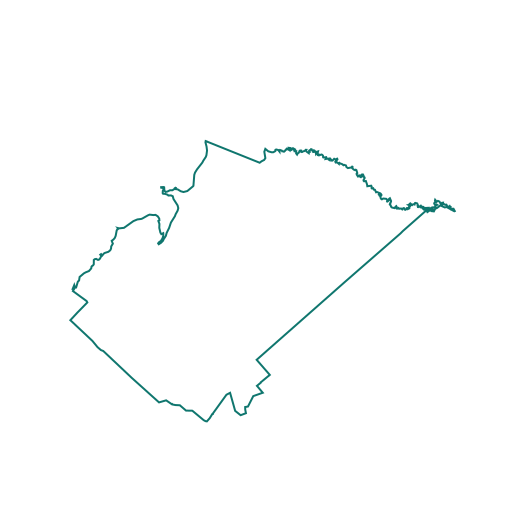 Ķūļciema pag., Talsi, Latvia (Mercator projection), rotated 235°
{"feature_id": "27541924B13857395207606", "entity_name": "Ķūļciema pag.", "entity_type": "district", "adm_level": 2, "iso_a3": "LVA", "parent_name": "Latvia", "parent_adm1": "Talsi", "projection": "mercator", "projection_center": [23.02, 57.24], "detail": "fine", "context": "isolated", "style": "outline", "palette": "teal", "viewbox_px": 512, "rotation_deg": 235, "n_neighbors": 0, "source": "geoboundaries", "source_scale": "gbopen_adm2", "svg_char_len": 6146}
<svg xmlns="http://www.w3.org/2000/svg" viewBox="0 0 512 512"><g transform="rotate(235 256 256)"><path d="M186.8,440.2L178.9,444.1L178.8,444.6L181.4,444.9L182.1,443.9L182.4,443.2L182.3,442.5L183.2,442.5L184.6,443.6L185.1,443.2L185.8,443.3L185.7,442.7L186.2,441.9L186.4,441.1L188.6,441.4L188.6,441.0L189.2,440.9L189.6,440.2L190.7,439.8L191.4,438.9L191.0,438.0L191.1,437.7L191.5,437.7L192.2,438.5L191.8,439.3L192.4,439.8L192.9,438.8L192.2,437.5L192.6,437.2L195.3,437.5L196.8,436.6L196.8,435.2L199.3,435.0L198.9,434.5L197.1,433.8L197.3,433.1L197.2,432.6L196.7,432.0L195.4,432.0L194.9,432.4L194.8,433.4L194.0,433.7L194.2,432.1L194.0,431.4L192.9,431.1L194.3,428.9L193.9,428.1L192.6,427.6L192.3,427.1L193.3,426.6L194.9,427.5L195.0,427.0L194.0,425.2L194.4,424.8L195.6,425.0L195.3,424.2L196.1,424.3L196.5,425.0L196.8,424.6L196.6,423.8L195.4,423.4L195.1,422.7L195.8,422.6L197.5,423.4L198.4,422.1L197.7,421.9L197.2,421.2L197.5,420.5L200.2,421.3L201.0,420.5L199.8,419.8L200.9,419.6L201.4,418.8L201.9,419.0L202.3,419.9L202.7,419.9L202.7,419.0L202.3,418.4L203.1,417.6L203.0,416.9L203.2,416.7L204.2,417.1L204.0,417.5L204.3,417.7L206.6,418.2L208.1,417.0L208.2,416.7L207.2,415.4L208.1,414.7L208.3,414.1L208.1,413.0L208.6,412.5L209.7,412.8L210.6,412.6L210.6,411.7L210.1,411.1L210.4,410.2L208.6,411.1L208.2,410.4L208.4,409.5L207.1,408.9L207.3,407.5L208.1,407.9L208.7,407.2L208.1,406.0L208.2,404.8L208.8,404.4L210.0,404.9L210.5,404.5L210.7,403.7L210.3,402.5L211.7,402.1L212.6,400.3L213.6,400.3L213.8,398.8L214.1,398.5L214.5,398.5L215.4,399.4L216.4,399.5L216.3,398.4L215.7,397.0L217.7,395.2L218.9,394.9L220.3,395.4L221.4,395.1L221.9,395.6L222.0,396.2L222.4,396.4L223.0,397.7L223.6,398.2L226.5,398.8L226.5,397.8L225.4,396.8L225.2,395.3L225.3,394.7L225.7,394.7L226.5,395.8L228.1,395.5L230.1,393.2L230.2,391.6L230.8,391.3L232.2,391.4L233.5,392.2L234.2,391.9L234.4,392.2L233.7,393.0L233.7,393.3L234.0,393.8L234.8,393.9L234.9,393.6L234.6,392.5L235.0,392.0L235.9,391.8L236.2,392.3L235.9,392.8L235.8,393.5L236.1,393.7L239.0,391.8L239.3,390.9L242.0,391.4L242.8,390.6L244.3,390.9L244.8,389.7L245.3,389.6L246.6,390.6L247.5,390.7L249.3,387.2L250.9,388.0L254.4,389.0L255.2,387.4L255.8,387.3L256.5,387.6L257.6,389.8L258.5,390.0L259.3,389.4L260.0,389.5L260.2,390.2L261.4,390.4L262.0,389.6L261.5,388.4L261.7,388.1L260.5,387.7L260.4,387.1L260.9,386.8L262.3,387.5L262.9,386.6L262.4,385.9L262.6,385.1L264.8,385.2L265.6,385.5L265.7,386.4L266.0,386.6L268.8,387.5L269.5,387.2L269.6,386.3L270.8,385.6L273.1,385.1L273.1,385.7L273.5,386.2L273.9,386.2L274.1,386.0L273.8,385.0L275.3,381.7L277.0,381.1L278.6,381.6L280.2,380.4L280.2,379.7L282.2,379.1L283.4,378.0L284.5,377.8L284.6,377.2L284.0,376.7L286.1,376.2L286.8,374.9L287.7,375.0L288.0,375.9L288.3,377.8L288.5,378.2L289.2,378.3L289.5,376.4L290.8,375.8L290.3,373.5L290.5,372.9L293.5,372.6L293.8,372.0L292.4,371.2L293.3,370.8L294.0,371.1L294.8,370.2L295.5,368.7L296.3,370.1L296.7,370.2L297.8,368.0L298.3,367.6L299.7,368.4L300.9,368.3L301.6,367.8L302.0,366.4L303.3,365.6L302.6,365.0L303.1,364.6L304.7,365.2L306.1,366.8L306.3,366.1L305.7,364.9L305.3,364.8L305.0,363.6L307.4,364.7L307.8,364.5L307.7,363.8L308.4,362.5L308.7,362.6L308.6,363.2L309.1,364.2L309.5,364.0L309.6,363.3L310.2,362.5L311.5,362.8L311.9,362.4L311.5,361.9L311.9,360.5L311.8,360.0L310.5,359.8L310.8,359.0L309.9,358.2L312.5,357.3L313.7,357.4L314.1,358.1L314.5,357.6L314.2,356.8L314.2,355.8L314.7,354.7L314.7,353.5L314.9,353.1L315.5,352.7L316.5,353.4L317.1,352.6L317.2,352.1L316.1,350.4L316.1,349.0L315.5,347.8L317.0,347.7L318.8,349.1L319.7,347.6L321.1,348.0L320.7,348.7L320.9,349.1L323.1,348.1L323.0,347.1L322.5,346.2L322.6,345.6L323.3,345.3L323.4,346.1L324.5,346.3L325.8,344.9L323.6,344.0L326.3,342.9L326.3,342.6L325.6,342.4L325.9,340.9L325.5,340.1L325.4,338.7L326.2,338.3L326.7,337.5L327.5,337.6L329.2,336.4L329.2,335.9L328.0,335.1L330.1,335.0L331.7,333.6L331.8,332.8L330.9,332.1L330.9,331.3L331.1,329.6L331.9,328.4L334.7,326.1L338.4,325.1L336.6,322.6L330.8,319.8L330.0,317.8L330.4,314.9L330.3,312.5L379.0,280.7L378.1,279.8L374.1,278.3L370.5,276.4L367.0,273.2L365.9,271.6L364.3,267.5L363.3,265.6L360.8,257.4L359.3,253.9L357.9,252.0L349.4,245.0L349.2,244.2L348.6,237.0L350.0,233.3L352.2,231.5L355.6,230.0L357.0,228.4L357.7,229.4L358.1,229.2L358.1,228.2L357.7,227.7L357.8,225.2L359.2,223.2L359.6,220.5L360.3,218.8L362.0,218.4L365.0,220.2L365.4,220.0L366.8,217.8L366.3,217.5L364.9,219.0L364.4,219.1L363.9,218.9L362.8,217.0L361.0,215.6L360.3,215.6L359.0,217.2L356.9,218.7L355.8,218.9L354.4,221.1L352.7,222.1L350.0,221.1L342.4,220.8L339.8,219.8L338.1,217.8L336.3,214.1L335.1,212.4L332.2,205.5L328.8,200.9L326.2,196.1L324.2,193.7L322.5,189.5L321.9,188.8L321.3,185.8L321.4,183.1L322.5,183.1L322.9,184.4L322.9,186.8L324.1,189.5L325.6,191.5L327.3,192.8L327.9,193.1L328.2,191.0L330.0,191.1L334.5,192.9L337.7,195.3L340.7,196.1L340.6,197.3L342.2,198.2L344.8,198.3L347.3,197.3L348.4,195.4L350.9,192.6L351.3,190.8L351.9,184.4L352.2,183.2L354.0,179.8L354.9,175.6L354.8,164.0L357.1,159.8L357.9,159.1L357.3,159.2L357.2,158.0L357.6,158.0L356.8,156.5L353.0,152.6L351.8,150.7L351.3,148.8L351.2,146.5L348.2,145.8L346.9,142.9L345.2,141.5L344.3,139.9L344.1,137.5L345.2,134.0L345.3,132.9L344.6,130.3L346.4,130.2L346.4,129.2L344.7,129.3L343.3,126.6L343.1,125.0L343.6,124.2L345.3,123.4L345.9,122.0L345.8,120.9L342.3,118.4L341.8,117.3L341.8,115.7L341.6,115.1L340.5,114.1L340.2,113.4L339.5,110.5L340.3,107.1L340.5,105.0L340.0,99.5L337.4,97.0L337.2,95.4L333.4,90.6L334.2,89.6L336.4,90.4L334.2,87.0L333.3,88.1L332.3,85.9L316.2,91.4L314.7,91.2L312.1,77.3L309.9,67.1L280.2,73.3L272.3,73.9L267.9,75.0L265.8,76.4L227.5,84.3L191.7,92.6L189.3,99.6L182.7,102.1L182.7,102.4L182.3,102.4L180.2,104.4L177.4,108.0L169.5,110.0L165.8,115.1L151.5,119.0L149.7,119.9L148.7,120.9L149.7,125.1L151.6,129.5L151.3,130.0L151.8,130.6L159.3,152.2L158.8,156.3L141.1,150.1L134.4,152.1L133.0,157.6L136.4,159.1L138.5,160.5L137.3,163.1L142.8,173.4L140.1,183.1L149.1,182.3L149.5,187.3L149.8,187.5L150.7,199.1L170.6,197.0L183.8,314.2L191.6,387.3L192.2,390.6L195.7,421.9L193.7,421.6L193.7,424.9L192.2,425.4L190.5,427.3L191.9,429.8L191.5,432.0L191.7,436.0L187.5,438.5L186.8,440.2Z" fill="none" stroke="#0f766e" stroke-width="2"/></g></svg>